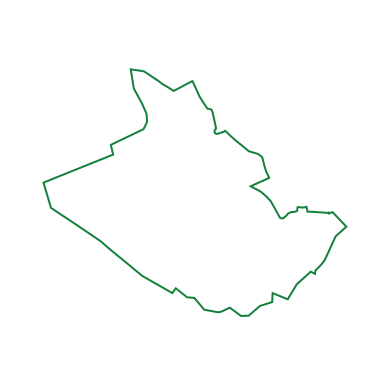 outline of Baqim, Sa`dah, Yemen, rotated 167°
{"feature_id": "15242507B7322189246473", "entity_name": "Baqim", "entity_type": "district", "adm_level": 2, "iso_a3": "YEM", "parent_name": "Yemen", "parent_adm1": "Sa`dah", "projection": "natural_earth1", "projection_center": [43.404, 17.39], "detail": "fine", "context": "isolated", "style": "outline", "palette": "green", "viewbox_px": 384, "rotation_deg": 167, "n_neighbors": 0, "source": "geoboundaries", "source_scale": "gbopen_adm2", "svg_char_len": 1804}
<svg xmlns="http://www.w3.org/2000/svg" viewBox="0 0 384 384"><g transform="rotate(167 192 192)"><path d="M166.7,300.0L187.1,294.6L191.6,299.2L196.7,304.0L200.4,308.5L200.5,308.5L206.1,314.5L211.8,320.5L212.3,320.7L224.1,325.3L225.4,305.9L220.7,289.0L218.7,278.3L220.0,270.4L225.1,264.1L260.5,256.2L260.4,246.2L334.6,234.6L333.0,208.7L333.0,208.3L325.1,199.9L315.4,189.7L308.7,182.5L299.5,172.6L292.3,164.8L285.2,155.1L278.2,146.0L272.2,138.3L265.9,130.0L259.3,121.4L253.5,116.0L239.9,103.5L233.9,97.9L229.5,101.8L220.4,90.5L213.6,88.3L206.5,74.5L199.8,71.6L193.5,68.9L190.2,68.8L181.2,70.8L172.1,60.2L164.6,58.7L151.5,65.7L138.7,66.7L138.2,68.4L137.4,71.1L136.3,75.1L136.2,75.3L122.8,65.9L119.8,69.1L110.7,78.5L94.1,87.7L90.6,84.5L89.3,87.8L83.8,91.2L78.1,95.6L62.1,116.4L49.4,123.5L59.5,140.7L60.8,140.6L63.6,140.3L63.6,141.2L64.1,141.2L65.4,141.4L75.5,144.5L78.5,145.4L79.0,145.6L81.6,146.3L83.8,146.8L83.8,151.7L87.3,151.8L88.2,152.1L91.1,153.2L92.1,153.4L92.6,153.3L93.0,152.6L93.4,150.5L94.1,149.8L96.2,149.6L99.0,150.0L99.8,150.1L101.5,149.8L103.3,149.3L104.5,148.4L106.1,147.3L108.3,146.2L109.4,145.9L110.9,146.2L111.9,146.9L112.4,148.2L117.2,165.0L120.3,170.5L125.0,177.0L130.5,181.7L133.5,184.4L113.6,188.4L114.4,192.1L114.8,193.7L115.1,194.9L115.6,201.5L115.6,203.7L115.6,204.1L115.7,205.8L115.7,210.1L118.0,212.8L118.6,213.5L119.6,214.5L127.2,218.8L127.3,218.8L128.1,219.8L129.5,221.7L131.5,224.2L131.8,224.6L133.1,226.3L134.2,227.7L136.0,230.0L139.5,234.6L141.3,237.2L145.7,243.9L146.1,244.2L147.2,243.6L153.1,243.0L154.8,243.0L155.9,243.6L156.6,244.9L156.2,246.7L155.9,247.3L154.8,247.8L154.2,249.1L154.0,264.5L154.2,266.2L154.5,267.7L155.2,268.4L158.3,269.8L159.9,274.2L160.5,275.7L163.1,283.0L166.1,297.8L166.6,299.9L166.7,300.0Z" fill="none" stroke="#15803d" stroke-width="2"/></g></svg>